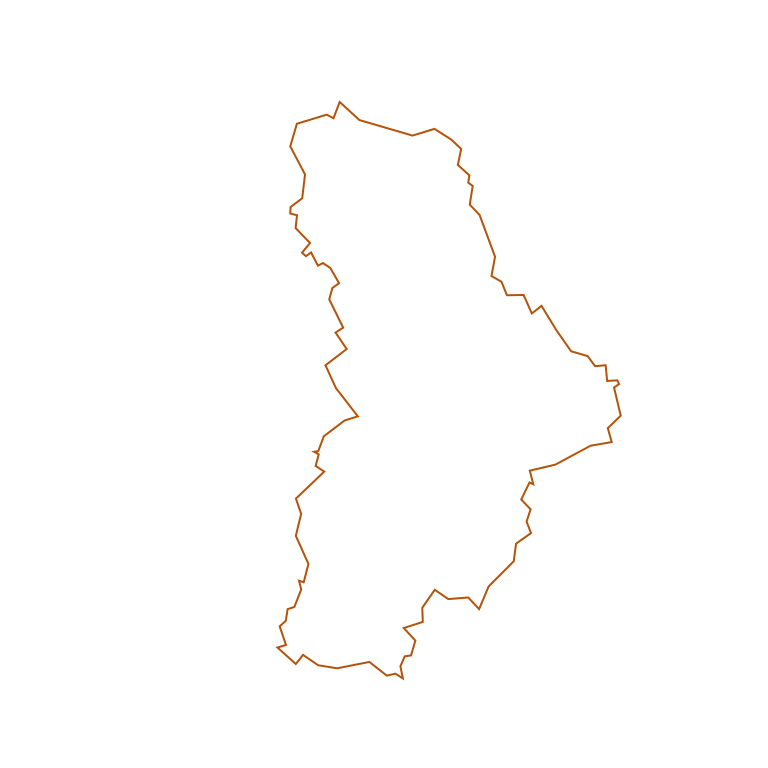 Mogila, Mogila, North Macedonia (Natural Earth projection), rotated 244°
{"feature_id": "65306769B16932285740052", "entity_name": "Mogila", "entity_type": "district", "adm_level": 2, "iso_a3": "MKD", "parent_name": "North Macedonia", "parent_adm1": "Mogila", "projection": "natural_earth1", "projection_center": [21.425, 41.178], "detail": "fine", "context": "isolated", "style": "outline", "palette": "amber", "viewbox_px": 768, "rotation_deg": 244, "n_neighbors": 0, "source": "geoboundaries", "source_scale": "gbopen_adm2", "svg_char_len": 1474}
<svg xmlns="http://www.w3.org/2000/svg" viewBox="0 0 768 768"><g transform="rotate(244 384 384)"><path d="M356.9,562.5L385.2,559.8L382.6,547.8L402.8,548.5L409.9,533.4L424.4,534.4L433.9,527.9L449.7,539.6L494.1,544.0L507.6,539.7L523.1,550.5L528.1,548.0L534.1,552.2L548.5,546.4L561.4,556.4L574.2,551.6L591.2,541.2L594.8,518.5L632.0,477.6L656.9,467.8L645.0,455.1L651.2,450.6L656.1,419.8L638.7,403.9L607.0,404.9L586.8,391.9L584.0,377.6L578.3,374.5L573.8,379.8L562.9,372.9L543.1,379.3L538.0,367.9L533.1,369.9L534.2,376.1L519.3,376.5L519.5,382.1L511.9,386.6L494.3,387.8L492.9,379.6L484.1,371.9L452.5,372.0L451.5,363.0L431.8,365.8L426.5,339.6L401.3,339.0L366.4,346.3L368.5,332.6L363.4,307.0L352.5,295.5L353.7,291.5L349.4,294.5L340.3,286.6L331.5,291.9L319.6,254.6L303.6,252.6L286.2,238.2L255.4,237.2L241.0,224.9L244.4,221.4L235.6,219.5L222.9,205.7L223.9,198.7L214.2,191.9L211.9,184.0L192.4,181.5L193.9,172.7L171.0,182.0L176.0,192.5L160.1,201.5L149.0,217.3L140.6,249.0L120.6,258.7L118.7,267.2L111.1,271.9L123.1,275.0L130.1,283.3L128.2,289.3L139.6,299.7L156.0,294.8L153.2,314.6L166.1,320.3L176.8,339.4L162.5,347.5L155.2,366.1L140.0,370.8L156.2,389.3L167.8,422.9L182.6,432.7L185.6,450.8L197.8,451.8L207.1,460.8L220.0,456.7L231.7,471.6L228.5,474.2L242.2,477.1L236.4,502.7L238.0,542.5L232.0,563.2L246.2,565.8L251.8,582.9L280.0,589.2L280.9,595.3L285.0,595.3L288.9,585.9L303.7,591.4L307.5,581.5L319.8,579.3L331.4,566.5L356.9,562.5Z" fill="none" stroke="#b45309" stroke-width="2"/></g></svg>